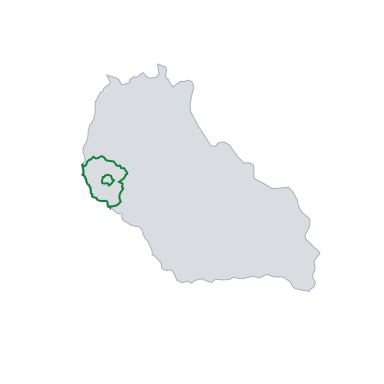 where Baranya sits in Hungary, rotated 61°
{"feature_id": "HUN-3155", "entity_name": "Baranya", "entity_type": "County", "adm_level": 1, "iso_a3": "HUN", "parent_name": "Hungary", "parent_adm1": "", "projection": "albers", "projection_center": [18.29, 46.076], "detail": "fine", "context": "in_parent", "style": "outline", "palette": "green", "viewbox_px": 384, "rotation_deg": 61, "n_neighbors": 0, "source": "natural_earth", "source_scale": "10m", "svg_char_len": 4332}
<svg xmlns="http://www.w3.org/2000/svg" viewBox="0 0 384 384"><g transform="rotate(61 192 192)"><path d="M302.9,110.5L306.8,109.8L307.0,109.8L308.0,110.1L308.8,113.0L309.9,115.0L311.0,117.5L312.5,119.4L315.6,120.0L319.7,122.2L322.6,126.5L326.6,128.1L326.9,128.2L327.7,127.9L330.5,127.6L331.1,128.5L333.5,130.5L334.5,132.4L334.1,134.4L334.7,136.7L335.6,137.5L334.6,139.1L327.7,147.3L324.9,149.5L323.0,150.0L320.0,149.3L316.9,150.1L314.2,151.9L311.6,152.6L309.8,154.6L307.5,159.0L304.6,162.7L301.5,165.1L300.0,167.1L300.2,174.0L298.5,176.1L296.3,178.1L295.1,180.0L292.0,190.6L289.4,194.0L286.9,196.7L286.6,199.0L286.7,201.7L284.0,207.2L280.4,212.9L279.8,215.2L280.7,218.3L277.2,222.0L275.1,223.7L273.4,224.6L272.3,226.9L270.7,232.4L271.3,234.8L271.4,237.0L268.3,238.4L267.5,240.9L266.8,243.9L265.5,245.4L262.1,248.0L253.2,247.2L249.9,248.1L249.0,250.0L248.8,251.4L247.8,252.8L245.8,254.6L243.8,255.4L239.1,253.4L229.3,255.8L227.7,257.4L226.2,256.4L224.1,255.4L214.2,254.4L210.3,255.5L205.1,255.2L200.3,254.2L196.7,255.1L193.5,259.4L192.0,260.9L190.8,261.8L188.1,263.2L185.8,264.8L182.8,266.0L180.1,265.9L177.5,264.1L176.6,264.5L175.8,266.2L174.4,267.7L170.6,269.5L169.6,269.5L169.4,269.5L166.4,270.8L161.6,271.5L159.1,271.0L154.7,277.0L153.4,278.1L149.2,279.9L145.7,280.8L142.7,280.1L141.6,280.0L128.4,279.7L121.6,278.4L117.2,276.0L114.3,273.4L112.9,270.6L109.5,268.8L104.2,268.1L100.0,265.2L97.1,260.2L93.1,256.1L88.1,253.1L84.1,248.9L81.2,243.4L76.0,238.5L68.4,234.0L66.1,233.0L65.7,231.6L62.0,226.2L60.5,224.2L60.7,221.6L60.0,220.0L58.6,218.9L58.0,215.1L57.6,212.2L56.6,210.4L48.4,209.8L55.4,203.1L58.9,201.3L62.8,201.8L64.1,201.2L64.5,200.2L65.2,198.0L65.6,195.9L65.9,193.9L65.6,192.8L63.7,192.4L62.9,187.5L63.9,185.7L64.9,184.5L63.8,178.5L64.2,176.5L67.3,176.3L69.8,175.1L71.9,173.7L72.6,171.9L74.3,168.2L72.9,163.6L64.1,160.4L63.7,159.2L65.8,158.0L68.0,156.2L69.3,154.8L71.0,154.6L73.4,155.4L77.5,158.8L79.1,159.3L80.7,158.4L82.4,158.2L87.1,158.4L91.0,157.7L90.2,154.2L90.2,151.6L89.6,149.5L90.1,147.3L91.7,145.6L92.2,141.6L94.7,139.0L95.9,138.7L100.2,139.2L101.2,139.9L101.8,140.1L108.6,146.6L115.1,151.6L120.4,154.1L128.3,154.3L136.6,154.6L150.6,153.7L161.0,153.1L161.7,151.8L163.3,148.9L162.0,146.4L162.1,143.5L163.8,139.7L168.9,136.5L183.6,134.9L192.1,132.4L193.3,129.2L196.1,126.0L198.6,125.3L202.1,126.7L206.4,129.4L210.2,130.8L212.3,129.8L219.7,124.9L228.1,120.1L233.7,107.4L234.3,105.4L240.6,103.8L249.9,103.8L254.7,105.3L258.3,106.0L263.7,105.5L271.3,102.5L274.2,102.5L276.5,104.3L279.0,105.9L280.7,107.8L282.1,110.6L282.8,111.6L283.9,113.0L286.0,114.9L287.9,115.4L302.1,111.2L302.9,110.5Z" fill="#d9dde1" stroke="#a8b0b8" stroke-width="1"/><path d="M123.8,279.5L123.8,279.3L122.9,277.8L121.7,276.9L116.4,275.2L115.4,275.1L115.0,274.9L114.9,274.4L116.1,274.5L117.2,274.0L117.3,272.2L116.6,270.9L115.4,269.8L114.5,268.3L114.0,266.3L114.6,265.1L113.4,261.2L116.0,259.9L116.8,258.0L116.7,254.1L118.0,252.7L120.0,251.9L122.1,251.9L123.4,250.9L127.5,245.6L132.4,245.0L133.3,244.0L133.6,242.7L134.4,242.0L135.5,242.3L136.6,242.4L137.5,241.3L138.2,239.9L143.3,239.4L144.6,239.7L144.8,240.5L144.7,241.5L146.3,243.4L147.2,245.6L147.8,251.0L149.5,249.8L150.3,248.9L151.3,248.7L153.5,250.8L154.4,250.8L155.2,250.3L156.0,251.1L157.1,253.4L158.4,255.5L159.8,257.1L162.0,258.3L164.3,258.9L165.1,258.9L165.9,259.0L166.2,259.7L166.2,260.5L166.9,262.1L166.9,263.6L167.2,264.5L166.9,265.8L166.3,267.0L166.0,268.9L165.1,270.2L166.0,271.1L165.8,271.1L165.2,270.6L164.8,271.3L164.6,271.9L164.4,272.3L163.9,272.6L163.4,272.5L161.7,271.6L159.5,270.9L158.7,271.0L157.7,272.0L157.5,272.3L157.4,273.1L157.3,273.5L157.2,273.5L156.6,274.2L155.6,276.1L155.1,276.8L153.2,278.4L152.1,278.8L151.1,278.4L150.4,278.8L148.9,280.7L148.1,281.4L147.7,281.5L147.4,281.5L147.1,281.5L146.8,281.4L146.1,280.4L145.4,280.4L144.7,280.8L143.9,281.1L143.2,280.8L142.4,280.0L141.4,280.0L140.1,279.0L139.3,278.7L135.7,278.7L135.3,278.9L134.5,279.4L134.1,279.6L133.5,279.6L128.9,278.3L125.9,278.3L125.2,278.3L124.8,278.5L124.6,279.0L124.3,279.4L123.8,279.5ZM145.8,261.7L146.2,261.0L145.6,258.5L144.0,254.6L142.2,255.7L140.5,255.3L138.7,255.1L136.9,256.4L136.0,257.5L135.5,260.0L136.3,261.3L135.7,262.8L137.1,263.8L138.8,265.5L140.4,266.2L141.5,265.5L142.3,264.2L142.8,262.7L143.6,261.3L144.4,261.3L145.8,261.7Z" fill="none" stroke="#15803d" stroke-width="2"/></g></svg>